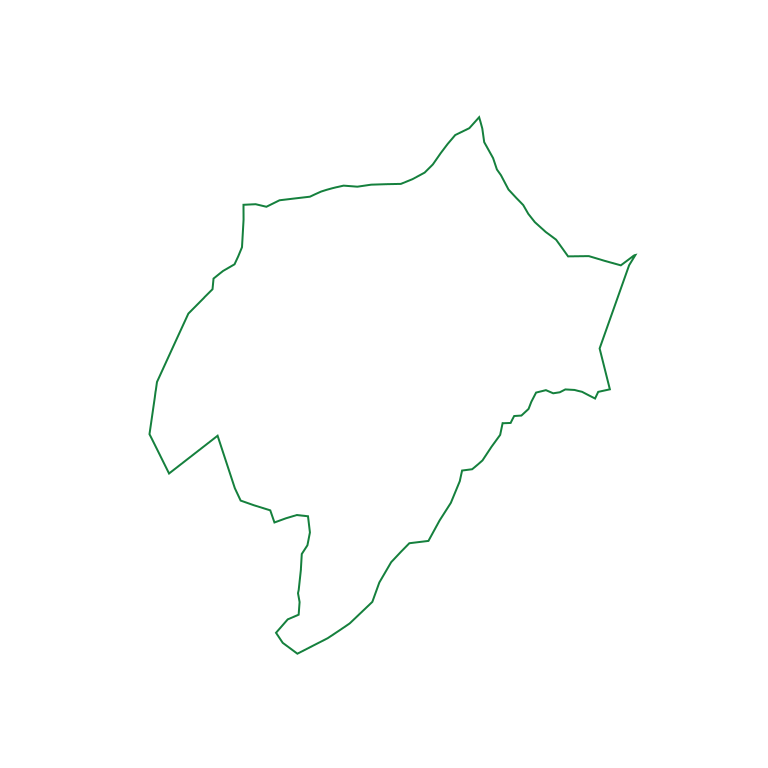 the district of Tandjilé Est, Tandjilé, Chad, rotated 109°
{"feature_id": "50815135B89886025568853", "entity_name": "Tandjilé Est", "entity_type": "district", "adm_level": 2, "iso_a3": "TCD", "parent_name": "Chad", "parent_adm1": "Tandjilé", "projection": "albers", "projection_center": [16.729, 9.658], "detail": "fine", "context": "isolated", "style": "outline", "palette": "green", "viewbox_px": 768, "rotation_deg": 109, "n_neighbors": 0, "source": "geoboundaries", "source_scale": "gbopen_adm2", "svg_char_len": 1882}
<svg xmlns="http://www.w3.org/2000/svg" viewBox="0 0 768 768"><g transform="rotate(109 384 384)"><path d="M180.2,188.3L180.7,189.1L182.0,190.1L185.6,192.5L194.7,198.7L195.7,215.0L196.1,225.0L196.4,232.0L203.4,251.5L197.2,260.2L191.5,268.3L187.6,280.6L181.9,294.0L176.2,302.9L169.5,310.6L167.3,314.9L165.1,319.3L159.6,329.6L148.5,341.4L145.2,346.0L144.4,347.1L134.9,354.4L122.7,368.0L110.5,374.2L104.6,378.2L100.8,380.9L114.3,386.6L125.4,397.7L136.4,402.0L147.1,405.5L160.5,409.3L170.9,414.4L181.1,423.8L189.3,433.2L194.4,447.1L199.7,461.0L206.1,473.4L209.6,486.8L213.2,492.6L213.4,493.0L215.8,496.7L217.1,498.6L219.1,501.5L222.5,506.1L227.3,511.2L231.0,515.0L238.3,530.2L244.3,542.6L254.7,552.9L255.8,563.9L260.3,575.2L274.3,570.3L300.9,562.8L310.8,563.4L319.5,564.3L329.4,572.9L332.8,575.1L339.8,579.5L350.2,577.0L360.2,581.9L360.4,582.0L360.8,582.1L381.1,591.9L410.1,594.8L456.0,599.3L464.3,597.7L465.7,597.5L471.5,596.3L507.8,589.4L511.1,586.0L522.8,574.1L538.6,558.1L487.1,524.5L531.1,491.1L540.9,481.6L541.0,467.6L540.5,450.4L550.6,442.5L542.9,433.0L536.3,423.8L533.8,412.8L548.5,405.7L561.4,403.9L571.5,406.4L585.4,402.5L586.2,402.3L586.3,402.2L606.5,397.6L609.8,397.2L617.7,392.8L629.9,389.6L637.9,398.4L654.4,405.1L658.2,400.1L661.7,395.5L667.2,378.1L653.8,365.2L642.7,354.5L631.6,346.0L621.7,338.6L621.0,338.2L593.8,324.1L573.2,323.8L550.1,319.2L536.8,313.2L526.3,308.2L517.9,290.9L494.9,287.0L474.6,282.1L451.2,280.7L440.4,282.0L435.9,272.9L430.3,269.5L424.2,266.0L421.1,265.2L408.3,261.9L394.3,257.6L382.4,259.1L381.9,257.5L379.6,251.6L375.8,251.1L371.9,250.5L369.1,243.8L360.5,239.2L355.3,239.0L352.8,238.9L350.8,238.6L347.4,238.1L342.6,237.4L337.1,228.9L337.7,221.0L334.6,215.1L330.1,210.8L327.6,201.9L327.3,198.1L326.9,194.2L328.0,186.9L329.0,179.7L321.7,178.9L315.5,168.7L280.2,191.7L191.9,190.9L180.2,188.3Z" fill="none" stroke="#15803d" stroke-width="2"/></g></svg>